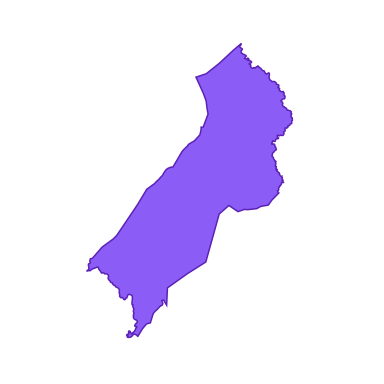 Cecerleg, Arhangay, Mongolia (Albers equal-area conic projection), rotated 281°
{"feature_id": "93677404B12707642123499", "entity_name": "Cecerleg", "entity_type": "district", "adm_level": 2, "iso_a3": "MNG", "parent_name": "Mongolia", "parent_adm1": "Arhangay", "projection": "albers", "projection_center": [101.208, 48.955], "detail": "fine", "context": "isolated", "style": "filled", "palette": "violet", "viewbox_px": 384, "rotation_deg": 281, "n_neighbors": 0, "source": "geoboundaries", "source_scale": "gbopen_adm2", "svg_char_len": 5963}
<svg xmlns="http://www.w3.org/2000/svg" viewBox="0 0 384 384"><g transform="rotate(281 192 192)"><path d="M305.5,174.0L290.9,184.4L284.1,188.5L276.1,191.1L271.6,192.9L257.8,190.6L257.4,188.6L255.0,189.0L250.1,188.9L249.0,188.5L242.9,184.7L241.6,183.5L240.9,182.5L238.2,179.6L237.3,179.1L236.1,178.7L234.4,177.3L233.3,176.8L232.3,175.9L229.3,174.3L213.0,168.6L212.7,168.2L212.5,166.8L210.6,163.8L209.0,162.3L205.3,160.7L202.4,159.7L200.0,158.0L198.9,157.6L195.4,155.0L194.1,154.2L193.4,153.9L186.1,147.1L168.9,140.8L134.8,126.3L130.7,123.5L120.8,114.3L107.8,106.8L107.1,105.0L104.7,104.8L103.7,105.7L102.5,105.4L102.2,104.8L101.6,104.2L100.5,104.2L98.1,105.2L96.5,105.4L94.1,103.6L95.1,105.5L95.3,107.0L97.1,108.5L97.6,109.1L98.4,110.6L99.6,112.5L100.2,113.1L100.4,113.9L100.4,114.2L98.7,115.1L97.8,115.9L97.0,117.0L95.3,118.5L95.2,119.2L95.8,120.1L95.8,120.5L95.8,120.8L95.0,121.8L95.4,123.8L94.8,125.2L94.0,125.9L93.2,126.2L92.9,126.3L91.9,126.0L91.2,126.1L89.8,127.1L89.7,127.6L89.4,127.9L89.1,128.5L88.1,129.1L87.7,129.7L87.6,130.1L87.8,130.9L87.7,131.1L86.5,131.8L85.7,132.8L85.5,134.1L84.4,135.1L84.2,136.1L83.6,137.8L82.9,138.8L82.3,139.2L81.1,139.6L79.6,139.6L77.2,140.7L75.9,140.8L74.8,141.9L74.7,142.6L75.1,143.5L75.1,144.0L73.6,145.5L73.4,145.9L73.5,146.4L73.9,147.0L74.9,147.2L75.6,148.2L78.6,148.7L79.4,149.4L79.6,149.9L79.3,151.8L78.9,152.6L78.3,153.2L77.0,153.7L71.7,154.2L70.5,154.5L70.2,154.7L70.1,155.3L69.5,155.1L68.7,155.8L67.5,156.1L66.6,157.1L66.3,157.4L65.1,157.1L64.0,157.1L62.7,157.6L62.0,158.2L60.7,157.9L57.6,158.4L56.7,159.2L56.1,159.8L55.5,162.3L55.0,162.7L54.5,163.0L53.8,163.0L53.0,162.7L51.6,161.7L50.5,161.4L49.7,161.3L49.3,161.7L49.3,163.3L49.0,163.6L47.8,162.9L46.0,162.7L45.3,162.3L44.3,162.1L43.5,161.5L42.7,160.7L42.1,160.5L41.5,160.0L41.3,159.6L41.4,159.3L42.1,158.9L42.4,158.3L43.1,158.1L43.5,157.7L43.6,156.9L43.3,156.4L42.8,156.3L42.1,156.7L40.5,157.0L40.2,156.7L40.1,155.7L39.8,155.4L39.0,155.2L38.6,155.5L38.7,156.5L38.4,156.6L38.2,156.1L37.9,155.9L37.2,156.3L37.1,156.8L37.3,158.3L37.8,159.4L38.9,160.5L40.6,161.4L41.3,161.9L41.4,163.0L41.1,165.0L40.2,165.8L40.0,166.4L48.3,169.5L53.8,172.5L55.6,176.1L65.0,177.1L65.8,177.4L67.9,178.6L69.5,179.9L74.5,183.0L74.6,183.6L75.2,184.3L76.1,184.6L77.2,184.6L79.4,183.1L79.7,183.2L79.9,183.4L80.5,184.7L76.1,188.7L93.2,186.2L110.8,202.9L125.9,218.9L175.6,222.9L185.8,230.8L181.5,240.9L184.9,246.7L185.3,250.0L188.0,258.7L191.0,262.3L193.7,269.4L199.2,271.9L207.5,277.3L207.5,276.9L207.8,276.6L209.3,276.2L209.6,275.8L210.6,276.7L211.5,276.6L212.1,276.2L213.0,276.4L213.4,276.8L214.0,276.7L214.6,277.2L215.0,277.1L215.2,277.3L215.2,277.7L216.2,277.8L216.8,278.2L217.2,278.0L217.9,278.2L218.3,278.1L218.6,278.5L218.6,278.9L218.9,279.2L218.9,279.5L218.6,279.6L218.7,280.0L218.2,280.4L218.8,280.0L219.5,279.2L220.3,279.3L220.3,279.2L220.2,278.7L220.4,278.3L221.4,278.7L222.0,278.3L222.7,277.6L223.5,277.9L223.9,277.3L224.6,277.2L224.2,276.7L224.9,275.5L225.8,274.7L226.4,274.6L226.6,274.5L226.6,274.1L227.4,274.0L227.8,272.8L228.1,272.6L229.2,270.9L229.5,270.9L230.0,271.5L230.3,271.2L230.1,270.3L230.3,270.0L230.7,270.0L231.5,270.3L232.2,269.8L233.0,269.9L233.2,269.5L233.2,269.0L233.4,268.7L234.0,269.0L234.6,268.8L235.4,269.0L236.7,268.5L238.0,268.6L238.2,268.3L237.8,267.9L238.9,267.1L239.9,266.0L241.3,265.3L241.9,264.6L242.5,263.6L244.1,263.9L245.1,263.5L245.6,263.7L246.7,264.7L247.7,265.0L249.4,266.5L250.0,266.7L250.9,266.0L251.9,265.7L252.2,265.1L252.8,264.7L254.5,264.0L254.7,262.3L254.2,261.7L254.2,261.4L254.3,261.1L254.8,260.9L255.4,261.0L256.3,261.4L257.5,261.4L257.7,261.9L257.3,262.8L257.4,263.7L258.0,264.1L259.2,264.1L259.7,264.4L260.5,264.5L260.7,265.0L260.6,266.0L261.0,266.6L261.6,266.6L262.6,265.3L263.0,265.0L263.7,264.9L264.0,265.1L264.2,265.4L264.2,265.8L263.9,266.6L263.9,267.2L264.5,268.0L264.7,268.8L264.7,270.0L264.9,270.4L265.4,270.8L266.6,271.2L267.2,271.1L268.1,270.5L268.3,270.5L269.3,271.5L270.2,271.7L270.6,271.7L272.0,271.0L272.5,271.1L272.8,271.7L272.7,272.6L272.9,273.0L273.6,273.3L274.2,273.9L274.7,273.5L275.2,273.5L275.6,274.1L276.0,275.1L276.5,275.3L277.2,275.2L277.8,276.0L278.0,276.5L278.4,276.8L280.6,276.4L281.1,276.4L281.5,276.9L282.8,276.5L283.5,276.5L283.9,276.2L284.5,275.0L286.5,274.6L287.6,275.0L287.9,274.8L288.1,274.2L288.4,274.1L289.6,274.2L290.1,273.6L290.5,272.7L290.5,271.8L290.7,270.9L290.5,270.1L290.8,269.7L291.9,268.9L292.5,268.0L292.7,266.9L293.3,266.3L293.4,265.3L293.6,264.9L294.8,264.1L296.1,264.3L297.0,263.9L297.6,263.4L297.7,262.4L298.7,262.0L300.7,263.6L300.9,264.2L301.0,264.8L301.6,265.2L303.6,265.1L304.1,264.8L304.1,264.3L304.4,264.0L304.9,263.8L306.6,263.6L308.0,262.4L308.1,262.2L307.6,261.5L307.5,261.0L307.6,260.2L308.1,259.4L308.3,258.3L308.7,258.2L310.1,258.3L310.5,258.1L310.7,257.5L310.7,256.4L310.9,256.3L312.5,257.1L313.2,256.9L313.7,256.5L313.9,255.6L313.7,254.6L314.0,254.2L315.2,253.8L315.6,253.3L315.9,252.4L316.2,251.3L315.8,250.3L315.8,249.4L315.9,248.9L316.6,248.0L316.9,247.1L317.9,246.4L319.3,245.8L320.2,245.6L321.3,245.7L322.8,245.4L323.5,244.9L323.6,244.6L322.0,242.5L322.0,242.1L322.5,241.5L324.7,239.6L324.7,238.4L324.9,237.8L326.6,235.8L326.8,234.9L328.3,232.8L328.2,232.5L327.4,232.0L327.2,231.3L325.7,230.5L325.6,230.0L326.0,229.3L325.9,228.9L325.0,227.9L325.1,227.2L325.9,225.8L326.3,225.5L327.3,225.6L327.9,225.4L328.1,225.2L328.3,224.0L328.9,223.7L329.4,224.2L330.0,225.3L330.3,225.5L330.9,225.7L331.3,225.5L331.5,225.3L331.4,224.8L331.5,224.4L332.2,223.5L332.4,222.8L332.3,222.6L331.7,221.9L331.8,221.7L332.0,221.6L332.9,222.4L333.2,222.4L333.8,222.0L334.0,221.5L333.9,220.9L332.8,220.1L333.0,218.5L333.2,218.1L334.5,218.5L335.8,219.4L336.4,218.7L336.5,218.0L336.9,217.4L337.0,215.9L337.6,214.7L338.0,214.3L338.1,213.6L339.9,213.3L340.6,213.6L341.1,214.1L341.7,214.2L342.1,214.0L343.2,211.6L343.7,211.1L344.5,211.1L345.1,211.6L345.9,212.0L346.7,212.1L346.9,211.8L338.6,205.2L323.6,194.3L310.8,183.4L305.5,174.0Z" fill="#8b5cf6" stroke="#5b21b6" stroke-width="1.5"/></g></svg>